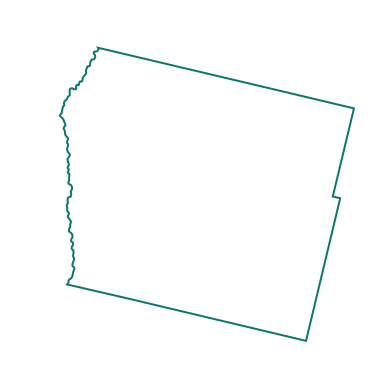 the district of Pembina, North Dakota, United States of America, rotated 193°
{"feature_id": "52423323B24684286646871", "entity_name": "Pembina", "entity_type": "district", "adm_level": 2, "iso_a3": "USA", "parent_name": "United States of America", "parent_adm1": "North Dakota", "projection": "albers", "projection_center": [-97.186, 48.772], "detail": "fine", "context": "isolated", "style": "outline", "palette": "teal", "viewbox_px": 384, "rotation_deg": 193, "n_neighbors": 0, "source": "geoboundaries", "source_scale": "gbopen_adm2", "svg_char_len": 2482}
<svg xmlns="http://www.w3.org/2000/svg" viewBox="0 0 384 384"><g transform="rotate(193 192 192)"><path d="M53.0,309.9L142.5,310.5L316.0,311.4L315.3,310.7L315.5,309.2L315.7,308.5L316.1,307.9L317.8,306.9L318.6,306.9L319.0,306.3L319.1,305.5L318.5,304.4L317.6,303.8L317.0,303.0L316.8,302.3L316.9,300.2L317.3,299.3L319.3,298.4L320.0,297.2L320.2,296.1L320.2,294.5L320.0,293.6L319.9,292.2L320.4,291.4L321.6,291.2L322.0,290.7L322.3,290.0L322.7,286.4L322.5,285.4L321.9,284.4L322.0,283.1L322.3,282.4L323.0,281.6L323.9,279.4L324.1,277.8L323.9,276.8L324.1,275.2L324.6,274.7L325.7,274.6L326.2,274.3L326.4,273.0L326.2,271.7L326.6,270.6L328.2,270.7L328.5,270.4L328.7,269.5L328.7,268.4L328.1,267.6L328.1,266.5L328.3,266.2L329.8,265.5L331.8,266.1L333.0,265.9L333.7,265.3L334.1,264.6L334.1,263.7L333.6,261.4L332.9,259.3L333.1,258.5L334.3,256.8L334.9,254.3L335.4,253.4L336.3,252.4L336.7,251.2L336.7,249.4L336.0,248.0L336.4,246.9L336.9,246.3L337.0,244.6L336.7,240.3L336.9,239.4L337.7,238.0L337.8,237.4L337.7,236.8L337.4,236.2L334.0,234.1L330.7,229.4L330.4,228.0L331.1,227.1L331.4,224.9L329.6,222.7L328.6,219.8L327.9,218.8L325.2,216.7L324.7,216.0L324.6,215.3L324.9,214.3L325.0,212.4L324.8,211.8L323.6,210.7L323.3,209.9L323.4,205.5L322.1,203.3L319.8,201.3L319.4,200.8L319.3,199.9L320.6,196.7L320.6,195.5L318.9,192.1L318.5,191.7L318.1,191.1L318.0,190.6L318.1,189.9L318.5,189.4L318.7,187.7L318.4,187.2L317.4,186.6L317.1,186.1L317.1,184.2L317.4,183.0L317.0,182.4L315.9,182.1L315.3,181.5L315.1,180.4L315.1,178.1L314.3,175.9L314.3,175.1L314.7,174.2L314.7,173.6L314.4,172.9L313.5,172.1L311.6,171.6L310.5,170.5L310.0,169.6L309.5,168.3L310.3,165.0L309.2,162.8L309.1,160.9L309.4,160.0L311.0,159.1L311.5,158.5L311.6,158.0L311.4,155.7L310.5,153.7L310.5,153.1L311.0,152.0L311.0,150.3L309.8,148.4L309.5,145.9L308.7,144.8L307.6,144.2L307.1,143.6L307.0,142.8L307.6,140.4L307.4,139.7L306.9,139.2L305.9,138.6L303.4,136.2L303.1,135.2L303.4,133.8L303.4,132.8L302.7,130.6L303.3,129.1L303.4,126.8L303.1,126.1L300.1,124.6L299.1,123.7L298.4,121.8L298.4,120.9L299.0,118.7L298.9,117.3L298.3,116.6L296.6,115.7L296.2,114.5L296.2,113.1L296.8,111.6L296.7,110.5L296.3,109.5L294.4,108.3L293.7,105.9L293.6,103.4L293.2,102.2L291.8,100.6L291.7,99.8L292.2,95.8L292.2,94.4L292.0,93.6L291.6,92.8L289.9,92.1L289.5,91.4L289.4,90.4L289.8,87.0L289.6,83.1L290.0,81.5L291.1,79.8L292.2,78.6L292.4,77.6L292.0,76.2L292.0,75.6L292.9,73.8L230.5,73.8L47.4,72.6L46.2,219.2L53.8,219.3L53.0,309.9Z" fill="none" stroke="#0f766e" stroke-width="2"/></g></svg>